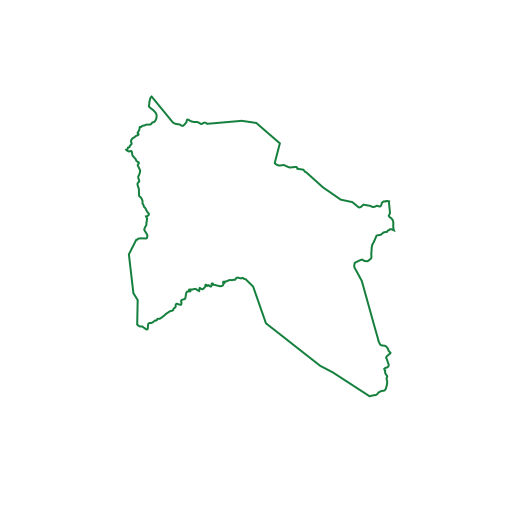 the district of Erandique, Lempira, Honduras, rotated 134°
{"feature_id": "27666195B48277462959075", "entity_name": "Erandique", "entity_type": "district", "adm_level": 2, "iso_a3": "HND", "parent_name": "Honduras", "parent_adm1": "Lempira", "projection": "equal_earth", "projection_center": [-88.442, 14.245], "detail": "fine", "context": "isolated", "style": "outline", "palette": "green", "viewbox_px": 512, "rotation_deg": 134, "n_neighbors": 0, "source": "geoboundaries", "source_scale": "gbopen_adm2", "svg_char_len": 6106}
<svg xmlns="http://www.w3.org/2000/svg" viewBox="0 0 512 512"><g transform="rotate(134 256 256)"><path d="M297.5,202.1L290.4,133.5L286.4,120.0L278.0,76.9L273.7,74.1L273.2,73.5L272.5,73.1L271.4,72.9L269.0,73.0L267.5,72.6L265.9,71.9L264.0,70.4L263.0,70.1L262.1,70.2L260.5,70.8L257.5,72.5L256.2,73.5L255.3,74.3L254.7,75.0L254.0,76.3L253.4,77.0L252.9,77.4L251.7,77.7L251.1,78.8L250.9,80.4L250.4,81.7L249.9,82.5L248.7,83.4L248.6,83.7L248.6,84.6L248.0,85.4L246.7,85.2L245.1,84.3L244.6,84.1L243.9,84.1L242.9,84.4L242.2,84.8L241.9,85.2L240.9,87.3L239.6,89.7L239.0,91.2L238.6,91.9L237.1,92.2L232.7,91.8L232.2,92.0L232.1,92.4L232.2,93.6L232.1,94.4L231.7,95.5L230.9,97.3L230.7,99.3L230.8,100.1L231.1,101.0L232.8,103.2L233.2,103.9L233.4,104.6L233.4,105.1L233.3,105.6L232.3,108.4L231.7,109.1L231.4,110.0L231.0,110.4L225.4,120.1L200.5,162.5L197.0,173.4L196.2,176.3L195.9,177.0L194.9,178.6L192.3,180.2L188.5,178.9L185.9,177.8L184.8,177.1L184.3,174.7L184.0,174.1L182.3,172.2L181.7,172.0L179.2,171.6L177.9,171.5L177.3,171.7L176.9,172.0L175.7,173.1L174.3,174.7L172.7,175.9L169.8,178.4L167.4,180.1L165.1,180.7L161.5,181.9L157.8,183.4L157.2,183.2L156.5,182.8L154.1,181.0L150.5,180.6L148.9,179.6L147.7,178.6L146.4,178.8L144.9,178.3L144.1,178.4L142.7,177.2L141.7,174.6L141.2,175.7L140.2,176.9L139.0,178.2L137.1,179.9L135.8,181.4L135.1,183.0L134.9,184.9L135.2,186.9L134.9,188.4L132.5,189.2L131.6,189.9L126.3,196.2L125.1,197.5L124.2,198.2L125.7,200.3L126.2,200.7L126.8,200.6L127.3,201.1L127.8,201.9L128.1,202.1L130.3,202.4L131.4,201.7L132.8,201.1L133.6,201.0L134.2,201.2L134.7,201.7L135.8,203.9L138.0,204.8L139.0,205.4L139.4,205.8L140.1,207.0L140.5,208.5L143.3,212.7L144.4,214.3L145.0,214.5L146.9,214.5L148.2,214.8L149.1,215.2L149.7,216.1L150.3,224.1L156.6,234.2L160.1,255.5L160.9,277.9L161.4,279.3L161.1,280.6L161.2,282.2L164.4,286.6L164.5,286.9L164.1,287.1L163.9,288.0L163.9,288.6L164.2,289.2L164.8,289.8L166.0,290.6L167.0,291.7L168.0,292.3L168.7,293.0L169.1,293.6L169.7,294.9L171.2,299.2L174.5,301.8L175.2,302.7L175.8,304.0L176.2,306.0L176.1,307.1L158.4,317.1L160.1,348.2L168.6,360.1L194.9,383.0L194.9,383.8L195.0,384.5L195.2,385.0L195.8,385.6L196.7,386.2L198.7,386.7L199.0,386.9L199.4,387.9L200.2,391.0L201.1,392.1L202.5,393.4L203.7,395.3L204.3,396.6L205.0,399.4L205.4,400.0L205.7,400.2L206.0,400.2L208.1,399.0L210.3,398.8L212.7,398.8L213.4,399.2L213.8,399.7L214.5,402.4L216.8,405.7L217.4,407.1L217.7,408.6L213.8,441.8L214.8,441.9L216.0,441.6L219.5,439.5L220.6,438.5L222.7,437.1L222.9,436.4L222.9,435.4L222.8,434.0L222.5,431.9L222.5,430.3L222.6,428.4L222.9,426.9L223.5,425.7L224.2,424.8L226.2,423.3L227.6,422.7L228.9,422.4L229.9,422.3L230.4,422.4L231.2,422.9L232.3,423.3L232.9,423.3L233.7,423.1L234.4,423.2L235.3,423.7L237.6,426.1L238.6,426.6L239.4,426.8L241.3,428.2L242.1,428.2L243.0,428.3L243.5,428.9L243.9,429.2L244.6,428.8L245.6,428.0L247.2,427.3L248.2,426.9L249.0,427.0L249.5,426.8L249.9,426.4L250.0,426.0L249.9,425.3L250.1,424.9L250.3,424.8L251.1,424.9L252.9,425.7L255.5,426.0L256.6,426.5L258.0,426.5L259.1,426.3L260.2,425.7L260.9,424.9L261.3,423.8L261.9,423.3L264.1,423.3L264.5,423.2L265.0,422.8L265.4,422.7L266.2,422.9L266.9,423.4L268.7,422.6L269.2,422.7L269.7,423.1L269.8,422.7L269.4,420.5L268.7,419.7L267.3,418.9L267.1,418.4L267.4,417.6L269.2,415.1L269.6,414.1L269.9,409.8L270.7,408.0L270.6,407.2L270.2,405.5L270.2,405.2L270.4,404.9L270.9,404.6L272.2,404.5L272.9,404.1L273.3,403.1L274.6,399.5L274.9,398.9L275.5,398.3L276.4,397.6L277.4,397.1L279.2,396.3L280.3,396.0L281.0,395.7L281.7,394.7L283.1,392.1L283.3,391.9L283.9,391.7L285.0,391.8L285.7,391.7L286.2,391.5L286.6,391.2L287.2,390.5L289.1,386.9L293.7,382.2L294.0,381.6L293.9,379.1L294.5,377.4L294.9,376.5L295.4,375.7L296.9,374.3L297.1,373.8L297.5,372.3L298.2,371.3L298.4,370.7L298.5,370.2L298.4,369.3L298.6,368.4L299.6,365.6L299.8,364.7L299.9,363.1L300.0,362.6L300.2,362.2L301.1,361.7L301.8,361.7L302.8,361.9L303.9,362.6L304.7,360.3L305.0,360.0L305.4,360.0L305.6,359.9L306.3,359.0L306.8,358.7L307.7,358.4L309.6,356.6L313.1,355.5L314.6,354.8L314.8,354.4L315.1,353.7L316.1,349.7L316.4,348.8L317.4,347.8L318.5,347.1L319.1,347.0L319.8,347.3L323.3,351.1L324.8,352.4L325.7,352.8L326.9,352.8L327.5,353.4L343.1,348.6L367.9,318.4L369.9,310.5L387.8,293.9L387.8,292.5L387.5,291.1L387.3,290.6L386.7,289.8L385.7,288.9L385.1,284.3L384.7,283.6L384.5,283.3L384.2,283.3L383.7,283.3L383.0,283.7L381.2,285.3L380.1,286.1L379.6,286.3L379.1,286.4L378.0,285.9L377.0,284.8L376.3,284.5L374.3,284.0L372.7,283.9L372.4,283.7L371.8,283.0L371.3,282.8L370.9,282.8L370.1,283.2L369.6,283.1L369.0,282.7L368.4,281.9L367.9,281.6L366.2,281.2L363.9,280.8L360.0,280.5L355.5,279.5L355.0,279.3L353.9,278.5L352.9,278.0L352.6,278.0L351.8,278.4L351.0,278.6L350.2,278.6L349.1,278.4L348.5,278.5L348.1,278.7L347.6,279.4L347.2,279.7L346.4,280.0L345.6,280.0L345.1,279.5L344.5,278.0L343.7,276.6L343.3,276.2L343.0,276.1L342.5,276.3L341.6,276.9L341.1,277.5L340.7,278.4L340.1,278.8L339.5,278.9L338.8,278.7L337.1,277.7L335.9,277.3L334.5,278.1L332.1,279.9L330.7,280.6L329.7,280.9L329.2,280.7L327.2,278.8L326.8,278.8L326.6,279.0L326.6,279.3L326.6,279.6L327.0,280.0L327.0,280.4L326.8,280.7L326.5,280.7L325.7,280.0L324.6,278.7L323.0,277.7L321.7,276.7L321.5,276.2L321.2,274.1L320.7,272.6L320.4,272.7L319.4,273.6L318.1,274.3L317.9,274.0L317.9,273.2L317.8,272.7L317.1,271.4L316.9,271.2L315.0,271.1L313.1,271.2L312.7,271.4L312.1,272.2L311.8,272.3L311.6,272.2L311.4,271.8L311.6,271.0L311.5,270.5L311.1,270.1L310.4,270.3L310.1,270.1L309.9,269.6L309.9,268.5L309.6,267.6L309.3,267.2L308.9,267.2L308.3,267.5L306.9,268.5L306.4,268.6L306.0,268.4L305.9,268.2L305.9,267.8L306.1,267.7L306.6,267.7L306.7,267.4L306.7,267.1L305.7,266.0L303.2,261.6L302.5,260.6L301.9,260.1L300.7,259.5L299.5,259.5L299.1,259.7L297.8,261.3L297.2,261.6L297.0,261.3L297.4,260.6L297.4,260.3L297.2,260.0L296.8,260.0L296.2,260.4L295.8,260.5L294.3,259.4L292.3,258.7L291.0,257.7L290.1,256.5L288.6,255.6L287.9,254.7L287.5,254.6L285.2,254.8L284.6,254.5L284.0,253.8L283.1,252.1L282.3,251.0L281.9,250.8L281.3,250.7L281.0,250.4L280.8,250.0L280.8,249.2L280.7,248.6L280.3,247.9L279.9,247.3L280.0,236.8L297.5,202.1Z" fill="none" stroke="#15803d" stroke-width="2"/></g></svg>